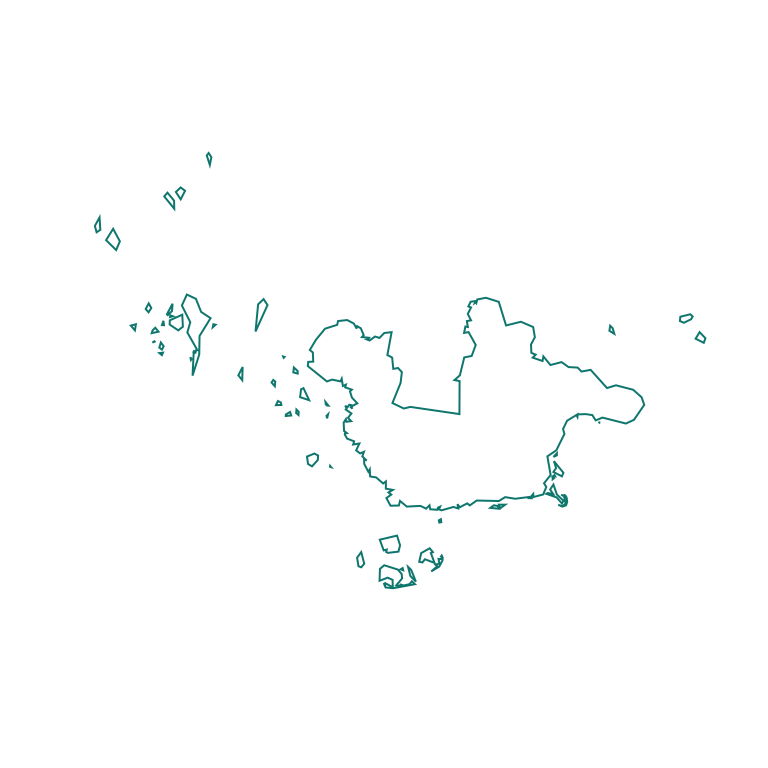 Basilan, Basilan, Philippines, rotated 9°
{"feature_id": "2640588B29921835743372", "entity_name": "Basilan", "entity_type": "district", "adm_level": 2, "iso_a3": "PHL", "parent_name": "Philippines", "parent_adm1": "Basilan", "projection": "orthographic", "projection_center": [121.96, 6.593], "detail": "fine", "context": "isolated", "style": "outline", "palette": "teal", "viewbox_px": 768, "rotation_deg": 9, "n_neighbors": 0, "source": "geoboundaries", "source_scale": "gbopen_adm2", "svg_char_len": 6210}
<svg xmlns="http://www.w3.org/2000/svg" viewBox="0 0 768 768"><g transform="rotate(9 384 384)"><path d="M383.4,331.6L376.3,333.6L372.3,339.2L367.7,338.5L363.0,343.3L360.4,342.7L361.5,342.3L362.1,340.7L354.9,341.1L356.3,338.9L352.4,332.6L348.4,331.1L348.3,332.8L347.9,333.0L344.7,329.0L337.7,326.6L328.8,329.0L328.5,332.9L317.1,338.6L309.9,350.9L305.4,362.0L308.8,364.0L310.6,373.0L305.7,374.0L305.9,378.2L327.2,390.4L332.1,387.8L340.6,388.2L341.4,385.4L343.7,392.4L346.5,390.6L346.2,393.4L353.1,394.6L351.5,396.6L354.5,402.5L360.7,407.3L355.2,411.4L356.7,413.3L354.7,412.1L355.1,410.0L353.0,409.9L350.2,415.2L356.4,418.2L353.7,423.1L357.4,425.8L352.7,427.2L351.8,424.7L350.2,428.5L351.9,436.6L355.0,438.3L353.2,438.9L353.1,439.9L356.1,443.7L363.5,445.3L363.0,448.6L369.0,446.6L366.9,453.9L371.3,456.3L374.8,454.1L373.9,458.9L378.9,462.3L376.1,461.5L377.0,466.1L382.3,473.2L383.3,470.5L384.8,477.5L390.9,477.5L398.7,482.4L401.1,479.9L402.2,487.1L409.3,487.2L405.4,490.4L408.5,492.1L404.2,496.3L409.5,503.2L417.7,501.7L418.1,497.0L425.7,501.5L439.1,498.7L445.1,500.5L447.9,496.7L449.3,500.5L456.3,499.9L456.6,497.7L458.6,496.4L457.8,499.2L460.5,499.8L471.8,494.6L476.7,495.3L475.4,491.2L478.1,493.9L484.9,488.9L487.7,490.5L493.8,484.6L515.8,481.6L521.3,476.8L531.6,476.8L546.7,472.4L548.6,469.3L549.2,472.3L558.5,468.2L560.4,460.4L557.6,457.0L562.8,447.8L556.7,429.9L564.6,422.5L570.0,405.1L567.9,400.4L570.6,391.6L579.9,383.7L579.9,385.9L580.2,386.3L580.1,383.7L587.9,382.2L594.6,382.1L598.8,386.8L605.1,383.0L629.1,385.2L636.5,380.3L644.3,363.9L640.5,356.8L631.0,350.7L613.3,349.0L604.9,353.1L585.9,337.7L577.1,340.8L572.7,337.5L563.6,338.4L556.0,334.6L545.4,339.2L537.1,331.8L537.0,336.5L526.8,334.7L529.2,331.3L524.7,330.2L523.0,322.0L525.7,314.2L522.4,304.4L509.5,301.1L495.4,307.1L484.5,284.9L471.2,282.9L462.9,285.9L462.5,289.7L461.8,289.0L462.1,287.6L461.9,286.9L461.7,289.0L461.1,289.6L461.6,287.7L456.7,289.2L455.2,294.2L458.0,294.8L455.8,301.7L460.0,307.5L456.0,308.9L457.9,314.6L455.4,314.5L455.1,321.0L459.4,319.5L468.5,331.1L466.2,342.6L459.1,345.2L457.6,363.5L453.0,369.1L458.2,369.3L463.2,401.9L413.6,402.5L407.4,405.1L395.3,401.5L400.2,380.4L399.8,369.5L395.4,366.0L390.8,367.6L387.9,356.6L382.8,354.9L383.4,331.6ZM184.9,329.3L175.3,326.5L172.1,338.1L183.0,353.3L181.7,363.9L194.4,379.8L193.2,379.8L192.9,382.6L191.2,383.6L193.6,405.7L196.9,383.8L194.3,365.4L202.4,346.1L192.1,341.4L184.9,329.3ZM412.6,563.0L408.9,567.2L410.4,579.0L417.9,574.7L423.1,576.1L424.5,583.4L416.6,580.6L416.7,583.0L414.8,580.6L417.4,584.7L424.9,584.3L445.9,576.9L442.4,574.5L440.6,577.7L432.7,580.8L427.6,581.0L432.3,573.2L431.2,568.9L426.6,565.1L412.6,563.0ZM420.6,531.7L404.2,538.4L409.7,548.4L412.6,547.1L412.4,549.5L414.2,550.2L424.5,547.3L425.1,540.8L420.6,531.7ZM251.8,319.0L247.2,325.0L248.9,352.3L256.6,324.2L251.8,319.0ZM92.2,273.1L87.0,285.4L98.5,293.6L100.8,284.4L92.2,273.1ZM173.9,347.1L162.5,354.6L163.0,358.8L172.4,363.2L176.4,358.9L173.9,347.1ZM454.8,539.1L447.2,545.2L446.6,554.1L449.9,554.2L451.8,550.7L461.9,552.8L456.7,543.6L458.6,542.4L454.8,539.1ZM326.1,463.6L319.3,467.7L321.5,474.9L325.8,476.6L330.5,469.4L330.1,464.9L326.1,463.6ZM567.1,456.8L564.6,462.2L568.4,466.3L562.8,466.0L561.5,467.1L572.2,469.0L578.5,474.2L579.5,471.2L572.0,466.1L567.1,456.8ZM387.8,553.6L384.6,559.8L387.3,568.0L390.2,568.6L392.6,564.6L387.8,553.6ZM140.2,228.9L137.6,233.1L149.4,243.7L148.0,235.8L140.2,228.9ZM675.6,267.2L666.2,271.2L666.4,275.5L670.6,276.6L677.2,272.0L678.3,269.0L675.6,267.2ZM575.1,443.6L563.9,433.6L567.1,440.1L565.1,444.4L574.2,447.4L575.1,443.6ZM687.6,283.4L684.7,290.5L693.4,293.3L694.3,288.5L687.6,283.4ZM305.1,400.7L302.9,402.2L303.2,410.1L312.6,411.7L305.1,400.7ZM152.4,221.7L148.4,226.9L154.3,233.4L157.3,224.3L152.4,221.7ZM77.0,264.0L73.7,273.1L76.4,279.1L79.7,276.1L77.0,264.0ZM241.7,389.3L238.8,398.2L243.4,402.4L241.7,389.3ZM467.8,544.4L467.5,545.0L468.0,545.0L467.9,546.2L468.5,546.8L468.4,547.1L468.7,547.5L468.7,547.9L465.2,548.2L466.8,552.6L463.1,554.4L465.2,555.7L460.0,561.7L467.1,555.7L469.4,549.1L469.1,546.2L467.8,544.4ZM139.0,341.2L136.9,347.2L140.2,350.0L142.3,345.4L139.0,341.2ZM174.7,183.3L173.2,186.0L177.7,194.9L178.0,187.0L174.7,183.3ZM436.4,560.9L440.1,569.5L446.4,574.2L439.9,563.3L436.4,560.9ZM515.5,486.7L511.5,486.6L508.4,489.7L517.2,489.2L515.5,486.7ZM598.3,291.1L598.3,296.2L603.6,298.4L601.1,293.1L598.3,291.1ZM518.2,488.6L522.6,484.2L516.4,485.2L518.2,488.6ZM162.6,337.8L158.7,349.1L159.7,349.8L163.2,345.1L162.6,337.8ZM129.6,363.8L124.8,365.9L129.6,370.0L129.6,363.8ZM292.4,381.8L292.6,386.7L297.1,387.2L296.7,384.7L292.4,381.8ZM295.6,426.3L291.8,429.5L292.0,431.0L297.3,429.6L295.6,426.3ZM281.9,417.4L280.6,421.8L285.9,420.8L285.0,418.4L281.9,417.4ZM157.1,377.9L156.4,383.2L159.3,384.8L160.5,381.2L157.1,377.9ZM149.3,364.2L147.1,367.1L146.6,370.1L153.1,367.6L149.3,364.2ZM578.1,466.1L576.3,465.6L578.4,466.4L579.8,465.6L581.5,467.3L579.6,467.3L582.1,473.6L579.5,476.9L575.0,476.0L579.4,477.2L582.8,475.3L583.4,471.7L581.9,467.3L580.8,466.0L579.7,465.4L578.1,466.1ZM276.5,403.3L276.2,398.6L274.0,397.3L272.7,400.1L276.5,403.3ZM301.5,422.9L301.8,426.4L304.4,428.0L304.1,424.8L301.5,422.9ZM157.5,360.3L156.2,356.1L155.5,360.5L157.5,360.3ZM562.8,429.5L565.9,427.4L565.6,425.4L562.8,429.5ZM461.3,508.6L459.5,510.1L460.3,512.2L462.2,511.5L461.3,508.6ZM160.8,387.6L157.3,388.6L160.1,390.2L160.8,387.6ZM208.4,351.8L206.1,351.7L206.0,354.8L208.4,351.8ZM164.8,350.1L162.3,349.6L162.2,351.3L164.8,350.1ZM150.6,377.7L148.7,379.3L150.9,378.0L150.6,377.7ZM333.5,422.6L332.2,424.5L333.2,426.8L333.5,422.6ZM432.1,565.0L431.2,562.9L429.3,564.5L432.1,565.0ZM351.4,412.4L349.0,411.7L350.6,413.3L351.4,412.4ZM434.9,579.9L431.7,579.5L431.4,580.3L434.9,579.9ZM565.3,448.8L567.6,448.5L566.6,447.3L565.3,448.8ZM329.0,410.9L329.8,413.4L331.2,414.2L332.5,414.1L329.0,410.9ZM190.7,383.2L191.6,380.3L190.9,381.6L190.7,383.2ZM190.0,389.5L188.5,387.8L189.6,390.4L190.0,389.5ZM281.5,372.8L280.1,372.6L280.8,373.8L281.5,372.8ZM565.5,451.7L566.6,450.5L565.2,449.7L565.5,451.7ZM344.8,474.4L343.6,473.3L343.6,474.2L344.8,474.4ZM548.9,473.5L546.0,473.8L543.5,473.8L544.6,474.1L548.9,473.5ZM602.7,388.4L602.7,388.2L601.8,388.0L602.7,388.4Z" fill="none" stroke="#0f766e" stroke-width="2"/></g></svg>